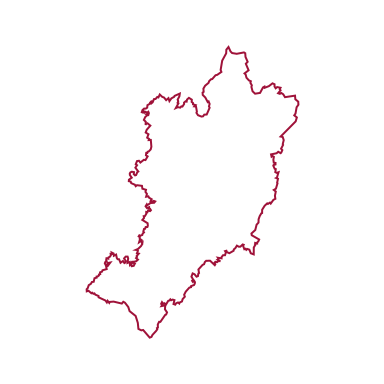 outline of Mymensingh, Dhaka, Bangladesh, rotated 212°
{"feature_id": "16705992B54511139091050", "entity_name": "Mymensingh", "entity_type": "district", "adm_level": 2, "iso_a3": "BGD", "parent_name": "Bangladesh", "parent_adm1": "Dhaka", "projection": "equal_earth", "projection_center": [90.455, 24.722], "detail": "fine", "context": "isolated", "style": "outline", "palette": "rose", "viewbox_px": 384, "rotation_deg": 212, "n_neighbors": 0, "source": "geoboundaries", "source_scale": "gbopen_adm2", "svg_char_len": 6048}
<svg xmlns="http://www.w3.org/2000/svg" viewBox="0 0 384 384"><g transform="rotate(212 192 192)"><path d="M237.9,334.3L238.3,330.9L236.5,327.7L236.0,319.4L232.4,310.7L230.7,309.4L232.7,304.7L233.9,303.5L234.7,298.5L235.6,297.7L236.2,295.1L235.8,293.3L237.2,289.1L237.1,285.7L235.2,283.1L235.7,281.9L234.3,280.0L230.8,279.2L226.3,276.6L225.9,277.6L223.7,276.0L223.0,273.6L221.7,272.8L220.6,265.5L222.6,264.1L222.7,262.1L223.9,261.0L227.6,260.3L230.2,261.5L230.4,262.7L233.9,266.6L235.3,265.9L235.0,267.6L237.6,266.9L238.3,268.0L240.0,268.2L241.1,270.2L244.5,270.2L245.2,267.8L244.5,265.8L245.5,265.6L246.1,263.6L245.3,262.4L245.4,259.4L246.4,259.0L246.7,257.3L248.9,256.5L250.2,254.6L250.5,260.0L251.5,260.0L251.8,261.7L253.1,262.7L253.4,266.5L254.5,269.0L257.7,264.3L257.6,263.2L259.1,260.5L259.3,257.1L261.7,259.1L262.6,256.2L265.8,257.3L267.7,256.9L271.0,257.6L270.6,254.4L271.8,254.2L272.2,251.6L273.5,250.6L272.9,247.2L273.4,245.7L274.1,246.3L273.8,247.8L274.5,247.4L274.9,245.4L274.5,244.5L275.8,242.0L274.7,239.8L275.4,238.2L276.8,237.4L277.4,235.3L276.9,233.1L275.9,233.3L276.0,235.1L273.6,233.5L274.5,234.8L274.0,235.4L272.1,235.5L271.6,236.9L270.6,236.2L271.4,234.3L270.1,235.0L269.8,234.0L270.7,233.3L271.4,230.8L271.0,227.6L268.5,227.1L266.9,224.3L267.0,225.7L266.2,226.7L262.5,226.2L263.4,220.8L262.8,217.9L259.5,217.9L258.8,214.3L256.5,214.3L256.2,213.1L254.5,214.3L250.4,208.8L249.6,206.2L250.2,203.4L251.0,202.6L250.6,201.4L251.5,200.9L250.5,198.7L248.5,198.7L248.4,194.4L249.9,193.8L251.4,189.6L253.5,190.4L255.0,189.1L254.4,185.7L252.8,185.6L252.9,182.6L248.4,180.9L248.9,179.8L248.4,176.8L249.1,175.9L250.9,176.3L251.7,178.1L253.8,177.3L254.6,176.0L254.6,174.8L253.7,173.5L250.7,172.2L252.0,169.0L251.3,167.7L249.5,168.3L248.2,167.3L244.3,167.9L242.8,167.1L242.3,168.6L237.7,170.7L235.8,168.5L232.2,169.5L231.5,167.4L229.2,166.5L228.4,163.7L226.7,165.2L225.4,164.4L222.4,164.5L222.3,162.0L221.7,161.3L219.7,164.2L218.2,164.5L218.4,162.8L221.3,160.7L223.0,157.0L223.8,157.5L223.8,155.3L221.7,154.5L220.4,156.3L219.8,155.1L218.9,155.6L217.2,154.8L217.4,153.6L219.5,152.9L219.1,151.1L220.2,150.8L219.2,149.1L219.2,146.5L220.1,145.9L218.9,144.5L219.3,142.0L213.1,142.0L211.6,140.0L211.3,138.7L212.7,137.7L212.3,136.0L213.1,135.3L212.4,132.8L211.3,132.3L211.8,130.7L211.4,129.2L212.7,127.5L213.7,127.4L213.7,126.1L212.4,126.1L211.6,124.7L209.5,124.5L210.8,123.4L210.2,121.3L209.5,122.8L207.4,123.3L207.3,122.1L206.6,121.7L206.6,119.0L207.6,115.1L208.9,113.2L207.4,113.9L206.7,113.5L206.2,110.9L204.5,111.5L205.0,108.3L204.2,107.8L204.4,106.3L202.0,106.0L202.6,103.8L204.6,101.7L203.1,100.5L202.5,100.8L202.3,98.5L203.8,97.1L205.0,97.7L205.2,101.5L205.9,101.0L206.2,97.6L207.7,99.6L209.1,97.7L210.9,101.8L212.4,103.1L214.0,102.1L214.4,99.7L211.6,98.4L211.2,96.8L211.7,95.9L214.0,96.9L215.1,94.1L218.2,96.3L219.5,95.6L220.7,96.1L223.2,98.7L224.5,96.5L225.9,98.3L228.1,98.1L227.1,97.0L228.2,96.4L227.3,95.4L227.3,93.7L228.2,92.1L227.6,91.1L229.4,90.5L228.7,88.7L227.5,87.9L227.6,86.9L227.9,87.6L228.4,86.9L228.2,85.4L227.0,84.6L225.9,85.3L225.4,86.2L225.8,87.1L223.9,88.9L224.3,84.4L225.5,83.5L223.5,81.4L226.4,78.2L226.1,76.8L227.4,75.1L226.3,73.7L227.2,72.7L226.7,71.9L227.2,70.5L228.1,69.7L227.5,68.8L229.0,67.2L227.8,63.8L229.2,62.6L229.1,60.5L230.2,58.3L229.5,55.2L229.8,53.7L228.6,52.0L227.5,53.4L223.7,52.8L223.3,53.7L221.7,53.4L221.0,54.3L219.6,53.7L216.2,54.3L215.4,53.2L207.9,54.1L205.7,53.2L205.9,55.0L203.4,54.1L203.5,55.2L200.4,57.5L192.4,60.2L192.1,62.5L190.2,62.6L185.1,60.7L181.8,57.9L174.1,57.0L168.6,52.3L164.9,47.5L161.7,47.8L160.3,49.1L150.7,46.1L149.6,47.6L149.8,49.9L148.8,55.2L148.7,57.2L149.6,58.0L149.1,59.0L150.8,61.5L151.1,64.5L150.0,65.1L149.6,73.5L149.0,74.4L149.4,76.7L152.8,78.2L154.6,81.7L157.4,79.1L157.4,80.6L158.9,80.8L159.1,82.7L157.3,82.0L156.4,83.1L154.4,82.8L154.5,87.1L153.6,88.1L153.5,89.5L152.3,89.2L151.4,90.5L149.6,91.0L148.3,87.2L146.5,87.6L146.5,89.3L145.3,90.9L143.7,90.7L143.9,91.7L142.5,93.9L143.2,96.2L142.6,99.4L144.2,100.7L144.5,104.2L143.6,109.5L142.4,110.8L142.9,111.7L141.0,114.2L141.1,115.7L141.7,117.1L143.0,117.8L143.6,116.2L144.9,116.8L144.5,118.3L147.6,119.9L148.3,123.3L146.3,123.6L143.3,122.6L142.4,123.8L143.4,126.2L143.1,127.0L145.5,129.7L144.4,135.8L143.5,137.2L144.0,139.4L143.5,141.2L140.2,143.3L133.9,142.0L133.9,143.0L135.4,143.9L135.2,145.2L133.6,145.7L132.8,148.0L131.0,148.2L134.6,148.1L134.0,149.6L135.1,150.0L131.8,151.4L132.4,152.3L132.2,154.8L130.5,155.9L131.3,158.8L132.6,159.4L131.7,160.4L130.5,159.5L127.9,159.9L125.6,164.2L126.1,165.5L125.5,167.3L125.5,170.3L123.3,170.4L122.0,171.3L121.2,174.4L120.2,174.6L120.1,173.4L117.3,171.2L116.5,172.3L115.3,171.7L114.9,173.0L112.8,173.5L109.7,171.2L106.6,171.8L110.2,177.7L110.3,181.0L111.7,181.5L110.9,181.5L111.4,182.3L109.5,182.9L110.0,183.7L109.6,185.2L109.9,187.3L118.4,187.0L119.6,188.3L118.2,193.3L119.9,198.5L119.4,201.3L121.1,204.2L121.8,207.4L121.9,210.6L121.4,211.3L123.1,214.1L123.1,218.8L122.2,222.2L121.3,222.1L120.3,224.3L119.1,223.9L118.8,228.5L117.7,230.4L119.7,232.8L121.2,236.8L123.7,237.1L122.6,239.3L124.1,244.7L124.7,244.9L126.1,248.8L128.0,248.5L127.6,249.2L129.1,254.6L130.3,253.1L131.9,253.0L133.1,255.8L134.2,255.5L137.0,257.4L137.1,258.1L135.8,259.6L136.6,260.9L138.2,260.2L140.1,262.5L141.2,265.2L142.7,265.2L143.2,264.1L144.9,265.8L140.8,269.7L140.2,271.8L137.4,271.9L137.2,272.8L137.6,275.4L139.4,275.9L139.7,280.2L140.4,280.6L141.7,284.6L144.2,286.7L146.2,286.0L141.5,306.8L142.6,310.8L145.9,311.2L145.8,313.4L148.2,319.3L148.0,322.4L149.8,324.9L153.5,325.4L155.7,328.3L163.4,321.7L166.4,323.2L168.8,323.3L169.5,321.8L171.3,321.4L170.8,325.2L172.1,325.7L172.2,327.3L175.4,326.1L176.0,324.3L177.9,325.2L179.1,327.1L181.3,326.8L182.9,322.5L185.6,318.9L186.4,319.8L187.2,318.3L186.8,312.1L190.6,308.8L194.0,309.5L197.3,312.6L197.8,314.2L200.3,315.5L200.8,317.1L202.8,316.8L206.4,317.8L208.8,320.1L210.3,320.4L208.5,325.2L214.3,329.3L213.8,331.9L218.2,334.9L220.4,337.9L221.9,337.9L227.3,332.9L231.6,331.1L233.8,331.6L237.9,334.3Z" fill="none" stroke="#9f1239" stroke-width="2"/></g></svg>